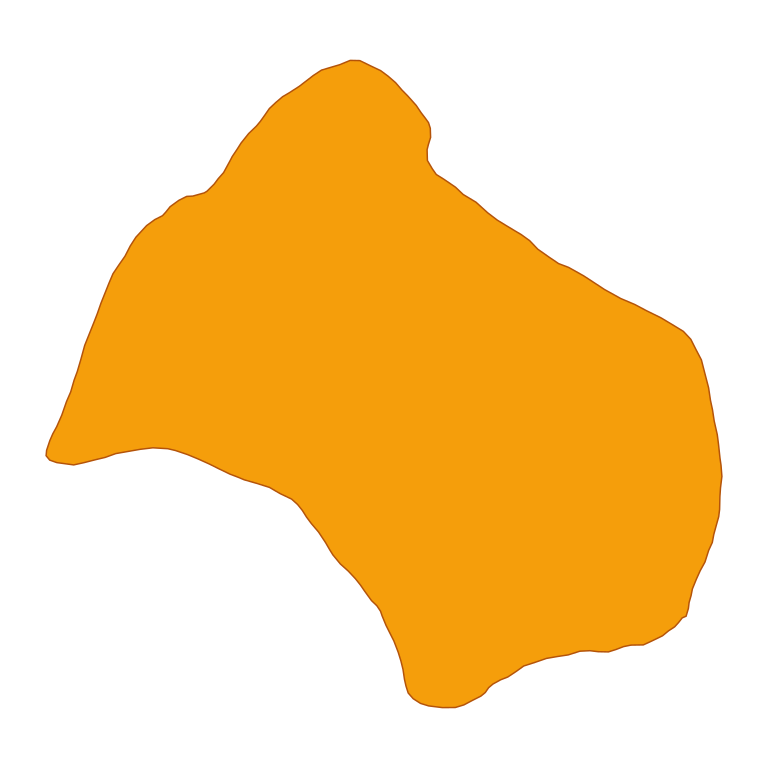 Faadhippolhu, Maldives
{"feature_id": "70690204B52357859866053", "entity_name": "Faadhippolhu", "entity_type": "district", "adm_level": 2, "iso_a3": "MDV", "parent_name": "Maldives", "parent_adm1": "", "projection": "orthographic", "projection_center": [73.502, 5.401], "detail": "fine", "context": "isolated", "style": "filled", "palette": "amber", "viewbox_px": 768, "rotation_deg": 0, "n_neighbors": 0, "source": "geoboundaries", "source_scale": "gbopen_adm2", "svg_char_len": 2593}
<svg xmlns="http://www.w3.org/2000/svg" viewBox="0 0 768 768"><path d="M442.4,707.6L455.3,707.5L463.9,704.9L472.2,700.5L480.9,696.1L485.3,692.5L488.6,687.7L493.0,684.0L500.6,679.8L507.8,677.0L516.8,671.0L523.7,666.0L535.8,662.1L546.5,658.4L557.5,656.5L568.2,654.9L579.9,651.2L589.9,650.7L598.2,651.7L608.4,651.9L616.0,649.5L623.6,646.6L631.0,645.1L643.3,644.9L649.9,641.9L657.0,638.5L662.5,635.8L668.6,630.8L674.7,626.8L678.5,622.6L682.2,617.9L686.1,616.2L688.4,608.4L689.1,602.5L691.1,595.5L692.4,588.9L696.4,579.1L700.2,570.7L705.0,562.0L708.7,550.3L712.3,542.5L713.8,534.4L716.6,524.2L718.7,516.7L719.6,509.5L719.9,496.7L720.5,487.9L721.9,476.4L721.0,465.1L720.0,458.2L718.5,444.2L717.3,434.8L714.2,421.0L712.5,409.8L710.5,400.5L708.6,387.8L704.4,371.6L701.4,359.9L695.9,349.4L690.8,339.3L683.4,331.4L674.1,325.7L661.1,317.9L646.3,310.6L634.8,304.5L620.7,298.5L604.5,289.5L593.1,282.0L583.6,275.8L568.6,267.4L558.6,263.6L549.0,257.1L537.8,249.2L529.7,240.7L521.4,234.7L514.7,230.7L505.9,225.4L497.4,220.2L487.7,212.8L476.0,202.2L463.2,194.5L455.5,187.2L444.1,179.4L436.3,174.5L432.3,168.8L427.4,160.5L427.1,149.6L428.4,144.5L430.6,137.4L430.3,128.3L428.5,122.6L425.6,118.6L421.1,112.7L416.2,105.4L407.7,95.9L401.9,90.0L395.7,82.8L388.0,76.1L380.6,70.6L371.5,66.3L359.8,60.6L350.2,60.4L339.4,64.8L330.9,67.3L321.5,70.1L313.3,75.5L299.3,86.3L288.9,93.0L282.6,96.7L275.9,102.4L269.4,108.5L264.9,115.0L260.4,121.3L256.4,126.1L248.7,133.5L241.1,143.0L237.1,149.3L232.2,156.6L230.2,160.5L223.6,172.6L218.2,178.7L214.1,184.2L206.9,191.3L204.2,192.9L192.7,196.1L186.7,196.4L178.9,200.3L170.2,206.6L165.8,212.1L162.5,215.7L154.8,219.6L146.6,225.6L135.9,237.2L130.3,245.9L125.0,256.2L119.4,264.2L113.0,273.7L109.0,283.1L105.8,291.1L101.0,303.1L97.3,313.7L94.0,322.2L90.3,331.4L84.7,345.4L80.8,359.6L77.3,371.5L74.1,380.2L70.7,391.9L66.5,401.6L61.8,415.1L56.7,426.7L52.8,433.8L49.8,440.7L46.6,450.3L46.1,455.7L49.7,460.1L56.8,462.6L73.7,464.9L84.2,462.6L95.9,459.6L105.2,457.4L115.7,453.6L140.3,449.3L152.9,447.8L167.8,448.7L175.4,450.5L187.6,454.6L198.2,459.0L209.5,464.1L219.3,469.0L230.1,474.2L237.5,477.0L244.2,479.8L256.1,483.2L269.5,487.4L275.6,491.0L280.3,493.7L291.6,499.1L297.6,504.5L302.4,510.5L306.6,517.2L311.3,523.5L318.6,532.1L325.5,542.5L329.8,549.9L332.9,554.9L340.4,564.0L348.3,571.1L355.4,578.7L360.5,585.1L364.4,590.8L371.5,600.6L376.9,605.8L380.5,611.2L382.1,615.8L386.0,625.3L390.0,633.3L393.9,641.0L398.2,652.2L400.9,660.9L403.0,669.4L404.5,679.5L406.0,686.1L408.2,693.0L413.2,698.7L420.5,703.4L428.6,705.9L442.4,707.6Z" fill="#f59e0b" stroke="#b45309" stroke-width="1.5"/></svg>